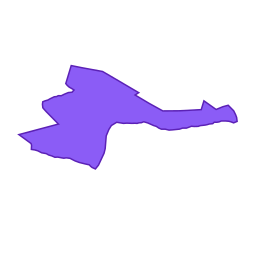 Nova Londrina, Paraná, Brazil, rotated 105°
{"feature_id": "56859067B43615120098255", "entity_name": "Nova Londrina", "entity_type": "district", "adm_level": 2, "iso_a3": "BRA", "parent_name": "Brazil", "parent_adm1": "Paraná", "projection": "equal_earth", "projection_center": [-52.953, -22.751], "detail": "fine", "context": "isolated", "style": "filled", "palette": "violet", "viewbox_px": 256, "rotation_deg": 105, "n_neighbors": 0, "source": "geoboundaries", "source_scale": "gbopen_adm2", "svg_char_len": 1402}
<svg xmlns="http://www.w3.org/2000/svg" viewBox="0 0 256 256"><g transform="rotate(105 128 128)"><path d="M80.1,37.1L82.9,41.9L87.3,47.7L82.1,61.7L91.3,62.0L95.9,76.0L98.2,83.2L102.5,98.8L98.7,114.1L94.3,129.7L91.1,126.8L83.3,155.1L80.0,167.2L81.7,188.1L82.4,199.0L101.2,199.6L102.6,197.7L103.7,195.5L104.7,191.7L105.3,190.0L107.9,191.3L109.2,194.8L111.8,198.2L114.1,200.8L114.8,203.7L116.1,205.1L116.9,207.3L119.9,210.8L121.7,212.6L123.2,215.1L124.7,217.1L127.2,216.8L130.5,215.5L131.7,213.8L133.5,211.0L142.2,196.2L162.6,231.7L168.1,217.6L169.6,216.7L173.7,215.8L173.3,212.3L173.4,209.1L174.3,205.0L173.9,200.3L174.6,197.7L174.7,194.4L175.2,191.0L174.3,188.4L174.0,184.3L173.8,182.2L172.8,179.9L172.3,176.2L173.5,170.6L173.9,166.2L173.8,160.2L173.6,155.8L174.6,154.3L175.4,152.5L176.0,148.9L171.5,146.9L158.6,144.6L153.8,144.7L141.2,147.0L134.4,146.1L129.9,144.7L125.4,140.4L124.7,133.5L123.6,130.4L122.5,125.4L121.6,122.5L121.2,120.4L120.2,118.8L119.4,116.4L117.9,114.4L118.0,110.2L119.0,103.8L119.1,101.1L120.1,98.2L120.5,95.5L119.5,91.7L119.4,87.8L118.3,84.6L117.0,81.2L115.7,77.8L114.0,75.3L113.0,71.6L111.8,69.8L109.9,67.2L109.4,64.4L108.3,60.7L107.0,58.8L105.2,54.2L104.3,52.4L103.1,50.5L101.9,47.3L100.1,46.2L99.5,43.8L98.6,41.7L97.1,39.7L96.0,35.7L95.4,32.4L95.4,30.1L95.7,27.3L93.4,24.3L89.7,25.8L87.3,27.5L84.0,30.4L80.1,37.1Z" fill="#8b5cf6" stroke="#5b21b6" stroke-width="1.5"/></g></svg>